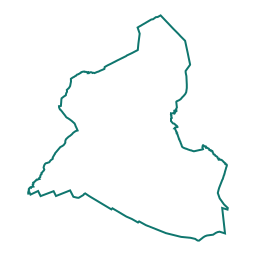 the district of Varadia, Caras-Severin, Romania
{"feature_id": "2599482B29899097126407", "entity_name": "Varadia", "entity_type": "district", "adm_level": 2, "iso_a3": "ROU", "parent_name": "Romania", "parent_adm1": "Caras-Severin", "projection": "natural_earth1", "projection_center": [21.546, 45.093], "detail": "fine", "context": "isolated", "style": "outline", "palette": "teal", "viewbox_px": 256, "rotation_deg": 0, "n_neighbors": 0, "source": "geoboundaries", "source_scale": "gbopen_adm2", "svg_char_len": 5558}
<svg xmlns="http://www.w3.org/2000/svg" viewBox="0 0 256 256"><path d="M225.0,233.4L222.2,208.0L227.5,209.6L227.6,209.0L227.8,208.0L224.0,204.4L219.7,198.4L217.8,193.0L218.4,190.5L219.1,188.0L222.3,179.8L222.7,179.2L223.3,177.3L223.9,175.3L224.3,174.7L224.4,173.8L224.7,173.1L224.9,172.0L225.9,168.7L226.0,168.1L226.7,166.2L226.9,165.1L226.4,164.3L225.9,164.3L225.5,164.3L225.3,164.2L225.2,164.0L225.2,163.2L224.6,162.9L224.3,162.4L223.8,162.2L223.7,162.0L223.4,161.7L223.2,161.4L221.8,160.1L221.2,159.8L220.4,159.8L219.8,159.3L219.5,159.4L218.9,159.8L218.6,159.6L219.0,158.9L218.9,158.6L218.3,158.6L218.1,158.4L217.6,157.9L217.5,157.3L217.3,157.0L217.0,156.7L216.3,156.2L215.4,155.8L214.9,154.9L214.6,154.6L214.3,154.5L214.0,154.5L213.6,154.3L213.5,154.1L213.4,153.9L213.3,153.5L213.2,153.1L212.7,152.4L212.5,152.0L212.6,151.5L212.3,151.0L211.5,150.7L211.3,150.8L211.0,150.9L210.6,150.6L210.4,150.3L210.4,150.1L209.7,150.2L209.3,150.0L209.2,149.8L209.3,149.4L209.2,149.2L208.7,148.6L207.9,148.3L207.6,148.0L207.4,147.9L206.2,147.9L206.2,147.7L206.5,147.4L206.4,147.2L206.0,146.9L205.8,146.9L205.6,147.1L205.3,146.7L205.5,146.4L204.9,146.2L204.0,146.3L203.9,146.1L203.6,145.5L203.3,145.3L203.1,145.2L202.7,145.7L202.6,146.3L202.4,147.1L202.4,147.7L202.7,148.2L203.0,149.2L202.2,149.5L199.3,150.1L193.9,151.3L193.6,151.2L192.5,150.9L191.0,150.3L190.4,150.3L189.6,150.0L187.8,149.4L187.4,149.2L186.4,148.8L185.8,148.6L185.4,148.6L185.1,148.4L183.8,147.9L182.9,147.4L182.5,147.1L182.0,146.6L181.9,146.2L181.7,145.8L181.5,144.9L180.6,142.8L180.5,142.2L179.9,141.0L179.8,140.7L179.7,140.4L179.4,139.9L179.3,139.4L179.1,139.4L178.9,139.0L178.8,138.3L177.6,134.9L177.6,134.5L177.3,134.0L176.9,133.7L177.0,133.3L176.7,133.3L176.6,133.2L176.5,132.3L176.6,132.0L176.2,131.6L176.3,131.4L175.3,129.5L175.1,128.9L175.1,128.5L174.4,128.4L174.8,127.9L175.4,127.4L177.3,127.1L177.5,127.0L177.4,126.6L177.3,126.4L176.3,125.4L175.4,124.9L175.1,124.4L174.4,123.9L174.1,123.6L173.2,123.5L172.9,123.3L171.0,121.1L171.0,120.9L171.0,118.4L171.3,118.1L171.8,117.9L171.7,117.5L171.4,117.2L171.2,116.3L171.5,116.0L171.5,115.8L171.4,115.7L171.1,115.5L171.1,114.9L170.9,114.5L170.9,114.2L171.0,113.9L171.0,113.3L171.5,113.4L172.0,113.4L172.6,113.3L173.4,113.0L173.6,113.1L174.2,113.7L174.3,113.7L174.5,113.6L175.2,112.3L175.2,112.2L175.0,111.9L174.4,111.4L174.2,111.1L174.2,110.9L174.3,110.7L174.6,110.7L175.1,111.2L175.3,111.2L175.8,111.2L176.3,111.2L176.5,111.0L176.4,110.7L176.1,110.4L175.7,110.1L175.6,109.9L175.7,109.7L176.3,109.6L176.3,109.4L176.2,109.3L176.2,108.9L176.4,108.4L176.9,107.5L176.3,102.3L176.3,101.9L176.4,101.6L176.7,101.3L179.1,100.2L180.6,99.2L180.9,98.9L182.5,97.0L183.3,96.3L185.2,94.1L186.2,92.2L186.8,88.0L186.8,84.6L186.4,76.1L185.7,72.8L185.6,71.0L190.0,64.9L190.1,64.5L188.6,57.4L187.8,53.4L185.1,40.8L180.6,36.3L178.6,34.1L173.7,29.2L160.6,15.4L157.7,17.0L155.8,17.2L153.1,19.2L151.3,19.5L137.6,27.5L139.7,33.7L139.6,34.3L138.4,43.6L137.8,50.0L131.9,53.1L126.8,55.5L126.1,56.1L117.2,60.5L110.2,64.1L107.5,65.4L104.7,67.0L104.6,68.0L104.3,68.5L104.3,69.0L100.0,70.8L98.5,71.6L97.3,71.9L94.5,73.1L93.8,72.8L93.3,72.8L92.5,73.0L91.8,72.4L90.8,72.2L89.8,72.5L88.8,73.2L88.1,73.2L88.4,72.5L88.3,72.1L87.8,72.2L86.9,72.1L86.5,72.2L86.1,71.9L85.3,71.9L84.7,71.6L84.4,71.8L83.9,71.6L83.4,71.6L82.5,71.8L82.3,71.9L81.8,72.0L81.1,72.3L80.6,73.0L80.1,73.1L79.4,73.7L78.5,74.0L78.0,74.4L77.1,74.6L76.5,75.1L76.2,75.6L75.0,76.2L73.9,77.0L73.3,77.2L71.6,78.3L70.9,78.8L70.9,79.7L71.0,81.5L70.1,86.1L69.0,87.9L67.5,89.3L66.8,90.0L67.0,90.9L67.0,91.8L66.3,93.0L65.9,94.5L65.8,95.3L63.9,96.5L61.6,98.3L61.4,99.4L61.3,100.5L61.2,102.2L61.1,103.3L60.9,105.9L60.1,106.1L59.0,106.2L59.1,107.5L59.9,109.4L60.1,109.6L60.4,109.7L60.6,109.9L61.2,110.6L62.3,111.9L62.6,112.4L65.0,115.4L66.2,117.1L66.8,117.6L67.9,118.2L69.7,119.4L71.7,120.9L74.5,123.4L75.1,124.6L75.7,126.3L76.4,127.7L77.6,130.5L76.2,130.9L75.3,131.3L73.2,132.8L71.7,134.5L70.9,135.1L70.1,135.8L68.5,136.8L68.0,137.3L66.4,138.8L65.9,139.4L65.4,140.7L65.3,141.2L65.3,142.0L65.3,142.7L64.8,143.5L64.0,144.7L62.7,145.8L60.3,147.1L55.0,153.4L54.9,153.9L54.8,154.2L54.6,154.3L52.7,157.6L52.7,157.8L52.8,158.1L52.7,158.8L52.5,159.1L51.7,159.5L50.9,160.2L50.5,160.5L50.1,161.0L49.6,161.8L49.1,162.3L48.9,162.4L48.5,162.5L48.0,162.6L47.4,162.9L46.0,163.2L45.4,163.6L45.0,164.0L44.6,164.6L44.2,165.4L43.6,167.4L43.6,167.6L44.3,169.6L44.1,170.0L43.7,170.7L43.3,171.0L42.3,172.2L41.9,172.8L41.5,172.9L41.4,173.2L41.6,173.5L41.6,174.0L41.5,174.3L41.2,174.5L40.7,174.9L40.3,175.9L40.3,177.0L40.2,177.2L39.7,177.5L38.9,178.4L39.4,179.0L38.3,179.3L37.3,179.8L36.6,179.6L36.3,179.9L35.6,180.9L35.2,181.1L34.8,181.4L34.5,181.9L33.1,182.7L33.1,182.8L33.5,183.5L33.5,183.9L33.2,184.4L32.9,184.4L32.7,184.5L32.8,185.7L33.4,186.6L31.6,187.0L31.3,187.1L31.2,187.4L30.9,187.1L30.7,187.1L30.4,187.3L30.3,187.6L29.9,187.7L29.7,187.9L29.8,188.1L29.5,188.6L29.3,188.8L29.0,188.8L28.9,188.9L29.0,189.3L28.7,189.9L28.7,190.1L28.8,190.2L28.7,190.6L29.1,191.1L28.6,191.6L28.2,192.1L28.4,192.5L28.3,192.8L28.3,193.0L28.2,193.2L28.3,193.6L29.8,193.1L30.5,194.6L38.1,191.0L40.6,196.1L53.6,191.2L56.0,196.0L70.1,190.4L73.4,196.8L77.1,197.7L78.7,197.8L83.4,195.0L84.0,194.1L85.2,193.4L88.9,195.9L91.0,197.2L111.4,209.4L112.4,208.3L126.4,216.6L131.9,219.0L138.0,222.5L139.1,221.4L146.0,225.2L164.9,232.7L165.8,233.1L181.1,236.9L190.5,237.8L195.2,238.9L196.9,240.1L197.6,240.5L198.1,240.6L199.1,240.6L203.4,237.2L205.1,236.2L207.0,235.5L213.1,234.7L215.8,232.9L217.6,232.1L219.6,231.7L225.0,233.4Z" fill="none" stroke="#0f766e" stroke-width="2"/></svg>